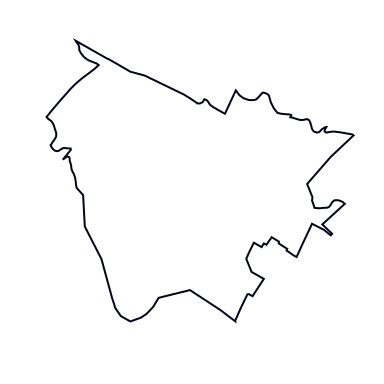 San Pedro Mártir, Oaxaca, Mexico, rotated 187°
{"feature_id": "50627088B40688642514204", "entity_name": "San Pedro Mártir", "entity_type": "district", "adm_level": 2, "iso_a3": "MEX", "parent_name": "Mexico", "parent_adm1": "Oaxaca", "projection": "orthographic", "projection_center": [-96.704, 16.749], "detail": "fine", "context": "isolated", "style": "outline", "palette": "ink", "viewbox_px": 384, "rotation_deg": 187, "n_neighbors": 0, "source": "geoboundaries", "source_scale": "gbopen_adm2", "svg_char_len": 3429}
<svg xmlns="http://www.w3.org/2000/svg" viewBox="0 0 384 384"><g transform="rotate(187 192 192)"><path d="M338.1,221.3L337.2,219.8L336.4,218.9L336.2,218.7L335.3,217.7L333.2,216.3L332.4,216.2L330.5,216.1L329.1,216.8L327.4,218.4L324.8,220.1L321.0,220.2L317.7,220.3L317.4,219.1L318.2,217.8L323.8,209.0L324.0,208.4L322.0,210.4L320.7,211.8L318.4,211.9L317.5,210.4L317.1,207.7L316.2,206.1L315.2,203.4L314.3,199.8L312.8,197.2L311.4,195.4L310.0,192.5L308.7,188.3L307.8,184.3L306.8,181.8L299.7,175.7L294.2,144.7L274.1,115.0L273.7,114.4L258.0,76.1L255.5,71.0L254.4,68.0L247.6,60.2L237.4,56.0L227.7,60.9L222.5,65.2L216.6,73.1L212.2,82.9L182.1,94.4L150.2,78.7L133.4,69.0L133.5,69.3L129.5,82.6L124.5,97.3L123.3,97.6L119.2,96.0L115.3,104.0L110.1,114.5L123.1,119.9L130.0,132.3L128.3,138.1L124.6,148.7L124.4,149.2L116.2,145.8L114.9,148.7L114.4,149.7L111.7,148.7L107.4,156.8L99.6,153.3L99.7,151.5L90.6,147.2L91.1,145.8L91.0,145.5L83.9,141.7L80.3,140.2L78.3,146.3L76.5,152.3L70.1,171.6L69.0,175.1L56.1,170.4L54.6,169.4L51.1,167.2L49.5,166.2L49.0,165.9L47.8,167.6L58.7,175.7L38.9,198.9L41.5,200.6L44.9,201.5L47.0,201.6L49.6,201.1L51.5,199.1L52.1,197.8L52.9,196.1L54.0,194.0L55.9,192.9L59.4,192.3L63.4,191.4L66.5,191.2L68.5,191.2L70.3,195.2L71.8,198.1L71.8,201.5L78.7,214.0L58.4,244.0L38.5,267.9L40.0,268.7L44.5,268.9L51.9,269.3L57.8,269.3L58.5,269.3L62.3,268.5L66.0,267.3L67.8,268.3L67.6,270.7L66.5,272.9L67.1,272.9L70.7,270.2L71.7,268.7L73.5,266.7L75.7,266.2L76.7,266.5L77.7,266.7L78.4,266.9L79.2,267.7L79.8,268.2L80.9,269.9L81.6,272.1L82.3,273.5L83.3,275.8L84.7,277.6L86.3,278.3L87.8,278.1L89.7,277.3L91.3,276.9L93.9,276.7L100.7,277.9L103.5,278.3L102.8,280.0L102.8,280.3L103.6,280.6L104.6,280.8L105.7,280.8L108.7,280.6L109.9,280.6L111.1,280.5L113.7,280.6L116.8,281.0L117.0,281.1L117.7,281.8L120.7,284.7L122.7,287.6L124.7,290.6L127.3,296.9L127.9,297.6L129.2,298.4L130.9,299.0L132.7,299.3L134.1,299.2L138.2,293.3L139.8,291.6L141.2,290.9L146.4,290.2L147.8,290.4L152.6,291.5L156.8,293.9L160.9,298.2L168.8,273.7L172.0,274.9L178.4,277.6L181.3,278.9L184.2,280.4L185.4,281.5L186.4,282.8L187.6,284.2L189.1,285.1L191.0,285.6L192.4,282.4L195.0,280.8L197.7,280.6L197.9,281.1L199.1,281.5L200.0,282.0L201.3,282.7L201.8,282.9L203.9,284.0L205.2,284.7L207.4,285.7L207.8,285.9L210.2,286.9L211.6,287.6L213.4,288.3L213.8,288.4L215.1,288.8L217.0,289.5L220.9,290.8L224.0,291.9L225.6,292.4L226.7,292.8L228.4,293.4L230.6,294.1L231.9,294.6L232.9,294.9L234.1,295.3L235.2,295.7L236.2,296.0L240.5,297.5L241.3,297.8L243.7,298.6L244.8,299.0L246.5,299.5L247.6,299.9L248.7,300.3L249.7,300.6L251.0,301.1L253.1,301.8L267.9,303.9L269.1,304.4L270.8,305.2L273.2,306.2L276.4,307.5L278.4,308.4L280.1,309.1L281.6,309.8L283.6,310.6L286.0,311.6L290.7,313.6L293.1,314.3L322.9,326.7L326.0,328.0L325.1,326.8L323.9,325.7L323.0,324.7L322.2,323.4L321.8,322.4L321.4,320.9L321.3,319.4L320.5,318.1L320.0,317.5L319.3,316.4L318.2,315.3L316.3,313.4L315.1,312.4L313.5,311.6L312.3,310.8L310.9,310.2L308.7,309.5L307.5,309.3L305.0,308.6L304.3,308.4L302.4,308.0L300.1,306.6L303.3,302.8L306.3,299.8L314.0,292.4L316.8,289.5L320.7,285.2L325.2,279.5L328.6,274.4L332.9,268.3L333.6,267.2L339.3,258.6L341.1,255.9L345.5,248.7L343.3,246.8L341.9,246.2L340.2,245.1L338.1,242.8L337.1,241.0L336.2,238.8L335.6,237.5L334.9,236.1L334.1,234.4L333.7,232.4L333.7,231.1L333.6,230.8L333.9,229.4L334.7,227.8L335.5,226.2L336.3,224.7L337.0,223.4L337.5,222.1L338.1,221.3Z" fill="none" stroke="#020617" stroke-width="2"/></g></svg>